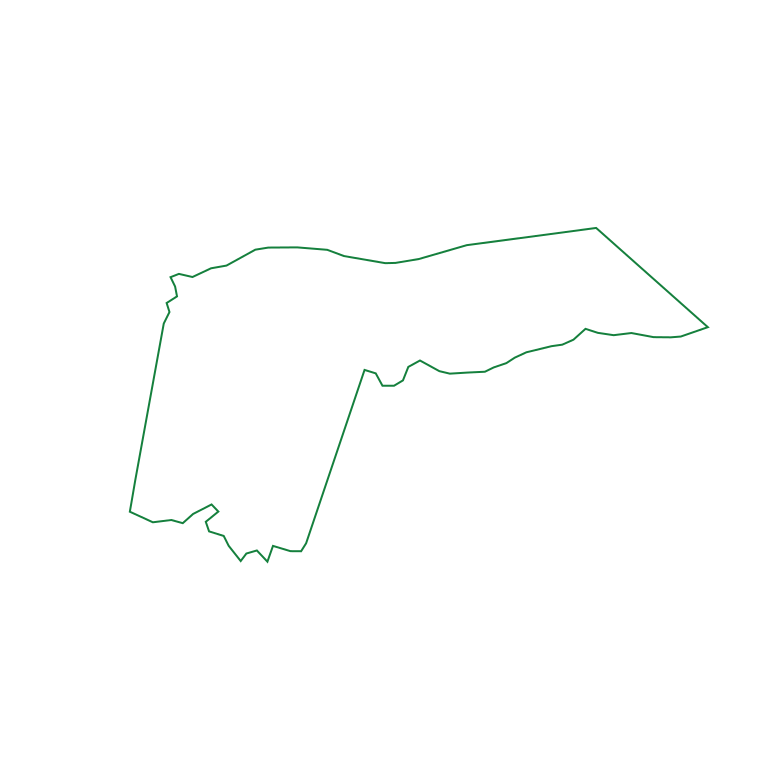 Taboleiro Grande, Rio Grande do Norte, Brazil (Robinson projection), rotated 34°
{"feature_id": "56859067B31995053212308", "entity_name": "Taboleiro Grande", "entity_type": "district", "adm_level": 2, "iso_a3": "BRA", "parent_name": "Brazil", "parent_adm1": "Rio Grande do Norte", "projection": "robinson", "projection_center": [-38.046, -5.936], "detail": "fine", "context": "isolated", "style": "outline", "palette": "green", "viewbox_px": 768, "rotation_deg": 34, "n_neighbors": 0, "source": "geoboundaries", "source_scale": "gbopen_adm2", "svg_char_len": 981}
<svg xmlns="http://www.w3.org/2000/svg" viewBox="0 0 768 768"><g transform="rotate(34 384 384)"><path d="M244.7,632.0L269.7,627.9L283.7,615.7L295.0,611.9L298.4,598.5L308.4,580.3L318.0,582.4L313.3,597.9L321.4,604.0L336.1,599.6L345.7,605.0L364.2,610.9L364.7,601.5L371.7,593.1L386.7,596.5L382.5,580.3L399.9,574.9L408.8,569.0L408.5,559.6L360.0,383.2L371.2,379.8L383.7,386.3L393.3,379.8L397.7,370.4L394.6,356.2L400.7,344.4L422.7,342.4L432.8,338.6L447.0,327.7L460.8,317.4L465.7,308.9L473.8,298.2L477.7,289.0L484.3,278.1L501.7,259.0L509.8,251.7L516.3,241.3L520.2,225.6L532.7,222.0L547.1,215.1L560.6,203.4L581.3,194.4L595.7,184.9L603.5,178.7L620.7,155.8L472.6,136.0L375.0,222.6L343.0,260.9L325.8,277.2L317.5,283.1L279.3,300.3L261.9,304.5L235.6,319.3L211.8,335.6L202.2,344.6L187.2,373.9L175.9,384.8L165.4,402.4L152.4,407.4L147.3,414.8L156.3,420.0L163.4,427.1L158.5,438.4L165.9,444.3L167.6,457.0L231.7,603.1L240.9,623.5L244.7,632.0Z" fill="none" stroke="#15803d" stroke-width="2"/></g></svg>